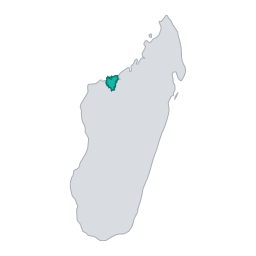 Mitsinjo, Boeny, Madagascar shown in context
{"feature_id": "10022922B34339999190032", "entity_name": "Mitsinjo", "entity_type": "district", "adm_level": 2, "iso_a3": "MDG", "parent_name": "Madagascar", "parent_adm1": "Boeny", "projection": "albers", "projection_center": [45.923, -16.15], "detail": "fine", "context": "in_parent", "style": "filled", "palette": "teal", "viewbox_px": 256, "rotation_deg": 0, "n_neighbors": 0, "source": "geoboundaries", "source_scale": "gbopen_adm2", "svg_char_len": 5780}
<svg xmlns="http://www.w3.org/2000/svg" viewBox="0 0 256 256"><path d="M171.3,21.4L172.0,23.1L172.9,24.8L175.6,28.9L176.7,30.5L177.7,32.2L178.1,35.5L179.7,40.7L181.2,48.5L181.5,56.5L182.0,60.1L183.2,63.6L185.1,67.2L185.7,71.2L184.4,75.3L182.5,79.1L182.0,79.8L181.1,80.7L180.7,80.7L179.3,79.7L178.1,78.0L176.7,74.2L176.2,72.2L175.5,71.9L173.8,72.0L172.4,73.2L172.2,74.0L172.4,76.1L172.9,78.1L173.1,80.1L173.1,82.5L173.5,83.3L174.2,83.9L174.9,85.6L175.0,89.5L174.5,91.4L173.2,93.1L173.3,94.0L173.7,94.9L173.3,95.5L171.6,96.2L170.9,96.8L170.0,98.5L168.5,102.0L168.2,103.8L169.1,109.2L168.7,113.0L166.8,120.4L165.7,123.8L164.1,128.0L161.8,133.4L159.4,140.3L157.4,147.3L155.9,151.6L154.3,155.7L152.0,163.1L150.0,170.6L147.2,178.8L143.3,188.0L142.9,189.2L142.1,193.9L141.2,197.9L140.2,201.9L138.0,208.6L137.8,210.6L137.3,212.6L135.2,216.7L134.4,218.3L133.7,219.9L133.4,222.0L132.8,224.0L131.3,227.7L129.1,230.9L127.6,232.0L124.3,233.7L122.7,234.0L119.1,234.0L115.6,235.0L111.9,236.8L108.4,238.9L107.0,239.9L105.6,240.5L100.9,240.6L99.5,240.2L94.9,236.8L93.0,236.2L89.6,235.7L88.6,235.5L87.7,235.0L86.3,233.2L83.5,231.7L82.8,231.2L82.4,230.2L82.1,229.0L81.4,227.8L80.8,225.4L79.9,223.7L77.4,220.7L77.1,219.7L76.9,216.6L76.9,214.4L76.6,210.5L76.9,208.6L77.8,206.9L77.4,205.1L76.4,203.2L76.0,201.3L75.3,199.5L72.6,196.3L71.9,194.7L71.5,193.0L70.4,187.9L70.3,186.1L70.4,182.3L70.7,180.4L71.4,179.0L71.5,178.0L71.9,177.1L72.5,176.4L73.0,175.6L73.9,170.7L75.2,169.6L77.1,169.0L78.6,167.7L79.4,166.0L80.3,162.4L82.6,158.9L83.5,157.1L85.4,154.3L87.0,150.3L87.6,148.5L87.9,146.6L88.3,142.4L88.6,140.4L88.5,138.3L87.5,136.2L85.2,132.4L85.1,131.7L85.3,128.8L85.0,126.8L84.2,124.8L83.0,122.8L81.9,119.2L81.3,113.3L81.4,111.1L81.1,109.2L80.2,107.4L80.8,104.2L87.8,92.6L88.0,91.2L87.7,87.7L87.8,85.6L88.1,84.9L88.6,84.4L89.8,84.2L95.6,83.7L96.3,83.3L97.8,82.3L99.7,80.4L100.6,79.9L101.4,80.1L101.9,80.9L102.6,81.3L104.9,80.5L105.8,80.4L106.7,80.6L107.1,79.8L107.4,78.7L107.7,78.0L108.3,77.6L111.3,77.3L113.2,77.0L115.7,76.3L116.2,76.4L118.2,79.1L118.8,79.3L119.6,79.4L120.3,79.0L118.7,77.6L118.4,76.8L118.5,75.9L119.4,74.0L120.9,72.5L124.1,70.3L127.5,67.8L128.4,67.6L129.3,68.0L129.9,71.0L129.8,71.5L130.3,71.6L131.0,71.2L131.5,70.0L131.6,69.0L131.1,68.1L130.9,67.2L130.9,66.5L132.6,64.7L133.9,63.0L134.6,61.0L135.1,60.1L136.6,59.0L137.0,59.2L137.3,60.0L137.5,61.0L137.1,61.8L136.6,62.7L136.4,63.9L137.2,64.2L137.9,63.9L139.0,61.7L140.3,59.7L141.1,58.7L142.0,57.9L143.6,58.1L145.1,58.6L142.6,56.4L142.0,53.5L145.0,48.4L145.1,47.4L145.5,47.0L145.7,46.6L144.2,44.9L143.9,44.0L144.1,42.8L144.9,41.6L145.6,40.8L146.5,40.5L147.2,41.0L148.9,42.4L150.0,42.6L151.4,41.3L152.5,39.6L154.1,38.5L156.0,37.8L158.9,35.2L160.9,29.6L161.1,28.0L160.7,26.0L160.0,24.2L159.0,21.8L159.3,21.3L160.8,21.6L161.4,21.3L163.1,19.3L166.0,15.4L166.9,15.4L167.7,16.1L168.0,17.2L168.5,18.0L170.4,19.9L171.3,21.4ZM151.5,36.7L151.5,37.3L149.4,37.0L149.0,34.9L150.1,34.9L150.3,34.0L151.0,33.9L151.6,35.8L151.5,36.7ZM176.4,96.5L174.5,99.5L175.1,97.0L177.3,93.3L177.9,93.0L176.4,96.5Z" fill="#d9dde1" stroke="#a8b0b8" stroke-width="1"/><path d="M111.5,90.7L111.8,90.4L112.0,90.3L112.0,90.2L112.3,90.1L112.5,89.9L112.8,89.9L112.9,90.0L113.1,90.0L113.5,90.1L113.8,90.0L114.0,90.0L114.2,89.8L114.3,89.8L114.4,89.7L114.4,89.4L114.2,89.3L114.1,89.2L114.1,88.9L114.1,88.7L114.2,88.4L114.1,88.1L114.0,87.9L114.1,87.7L114.3,87.8L114.5,87.8L114.5,87.6L114.5,87.4L114.4,87.3L114.3,87.2L114.2,87.2L114.3,87.0L114.6,87.0L114.7,86.9L114.8,86.9L114.7,86.7L114.9,86.6L115.1,86.6L115.3,86.5L115.3,86.1L115.5,85.9L115.5,85.7L115.4,85.5L115.4,85.4L115.5,84.9L115.4,84.7L115.2,84.6L115.2,84.4L115.2,84.1L115.2,83.9L115.3,83.7L115.5,83.5L115.6,83.4L115.7,83.1L116.0,82.8L116.1,82.6L116.1,82.1L116.7,82.1L116.8,82.0L116.7,81.8L116.4,81.7L116.2,81.5L116.1,81.4L116.3,81.4L116.4,81.1L116.5,81.0L116.5,80.9L116.6,80.7L116.8,80.4L117.0,80.3L117.0,80.2L117.3,80.2L117.5,80.1L117.6,79.8L117.6,79.7L117.7,79.4L117.8,79.3L117.9,79.2L118.0,79.2L117.9,78.8L117.9,78.7L117.8,78.3L117.6,77.8L117.6,77.7L117.5,77.4L117.5,77.2L117.4,76.9L117.4,76.5L117.5,75.7L116.5,75.8L116.4,75.8L116.2,75.8L115.9,75.7L115.7,75.8L115.1,75.8L114.8,76.0L114.7,76.0L114.4,76.3L113.6,76.6L113.2,76.8L112.8,77.1L112.4,77.1L112.1,77.0L111.7,76.9L111.7,77.0L111.7,76.9L111.4,76.9L111.4,76.7L111.2,76.9L111.0,77.0L110.8,77.1L110.8,77.3L111.0,77.5L110.9,77.5L110.8,77.4L110.7,77.3L110.7,77.2L110.4,77.3L110.5,77.5L110.4,77.5L110.2,77.4L110.0,77.5L109.9,77.5L110.0,77.6L110.1,77.8L109.8,77.6L109.7,77.5L109.5,77.4L109.5,77.6L109.6,77.8L109.5,78.0L109.7,78.3L109.5,78.2L109.4,78.1L109.5,77.8L109.5,77.7L109.4,77.6L109.3,77.4L109.2,77.4L108.9,77.5L108.8,77.8L108.7,77.6L108.8,77.5L109.1,77.4L109.3,77.4L109.2,77.3L108.9,77.2L108.5,77.2L108.2,77.1L107.9,76.9L107.9,77.0L107.7,77.2L107.6,77.3L107.5,77.6L107.4,77.6L107.0,77.9L106.9,77.9L106.9,78.0L107.0,77.9L107.3,77.8L107.1,78.0L106.9,78.1L106.8,78.3L106.8,78.5L106.8,78.8L106.9,79.0L107.0,79.0L107.2,79.3L107.3,79.4L107.2,79.3L107.1,79.5L107.0,79.8L107.1,80.0L107.3,80.1L107.2,80.1L106.9,80.1L106.7,80.3L106.7,80.6L106.6,80.9L106.6,81.0L106.6,81.3L106.6,81.5L106.4,81.8L106.2,81.9L106.1,82.0L106.3,82.1L106.4,82.3L106.4,82.5L106.4,82.9L106.3,83.0L106.2,83.2L106.4,83.3L106.5,83.4L106.7,83.5L106.8,83.5L106.8,83.8L106.8,84.0L106.9,84.3L106.8,84.5L106.9,84.8L106.9,85.1L107.0,85.2L107.2,84.9L107.3,85.0L107.5,85.1L107.7,85.3L107.9,85.3L108.1,85.3L108.0,85.5L108.2,85.8L108.2,86.0L108.3,86.1L108.3,86.3L108.3,86.5L108.5,86.6L108.8,87.1L109.0,87.3L109.0,87.5L109.5,87.4L109.8,87.3L110.1,87.5L110.3,87.5L110.5,87.6L110.7,87.8L110.8,88.0L111.0,88.3L111.1,88.7L111.1,88.9L111.2,89.1L111.3,89.2L111.5,89.4L111.8,89.5L112.0,89.5L111.8,89.6L111.7,89.8L111.6,90.0L111.4,90.3L111.4,90.5L111.5,90.7Z" fill="#14b8a6" stroke="#0f766e" stroke-width="1.5"/></svg>